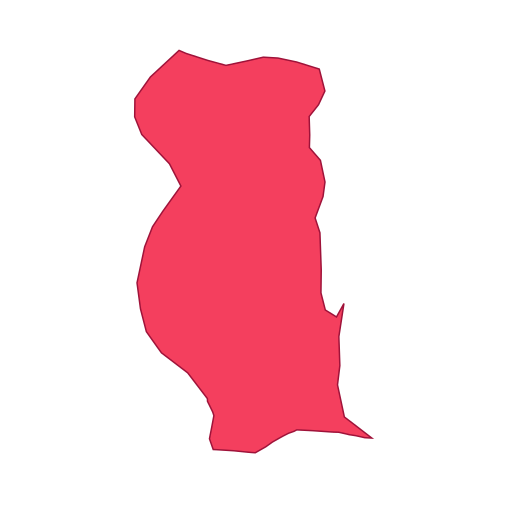 the district of Mathiatis, Nicosia, Cyprus, rotated 12°
{"feature_id": "46923920B42589878398501", "entity_name": "Mathiatis", "entity_type": "district", "adm_level": 2, "iso_a3": "CYP", "parent_name": "Cyprus", "parent_adm1": "Nicosia", "projection": "orthographic", "projection_center": [33.347, 34.962], "detail": "fine", "context": "isolated", "style": "filled", "palette": "rose", "viewbox_px": 512, "rotation_deg": 12, "n_neighbors": 0, "source": "geoboundaries", "source_scale": "gbopen_adm2", "svg_char_len": 1119}
<svg xmlns="http://www.w3.org/2000/svg" viewBox="0 0 512 512"><g transform="rotate(12 256 256)"><path d="M375.9,395.1L362.5,365.1L360.8,345.8L353.8,317.6L351.9,284.2L347.4,298.9L335.0,294.4L327.2,278.6L322.7,256.1L313.7,220.0L305.9,206.5L309.2,183.9L308.1,169.3L299.1,149.0L285.7,138.9L283.4,126.5L279.0,108.5L285.7,95.0L289.1,80.3L279.0,60.0L255.4,57.8L236.4,57.8L221.8,60.0L207.2,66.8L187.0,75.8L168.0,74.7L145.5,72.4L138.0,70.9L115.5,102.8L104.9,127.5L108.4,145.1L119.0,160.9L152.2,183.8L168.0,203.2L155.7,231.3L148.7,248.9L145.2,270.1L145.2,307.0L154.0,331.7L164.5,352.8L178.4,365.6L183.7,370.4L213.5,384.5L224.0,393.5L238.1,405.6L238.8,408.3L241.9,412.2L246.1,417.6L248.0,420.9L248.3,433.1L248.4,439.8L248.5,444.5L254.4,454.2L257.3,453.7L265.3,452.5L274.9,451.1L287.7,449.7L292.7,449.1L296.2,448.6L305.2,440.6L310.7,434.6L316.3,429.6L320.0,426.4L324.7,422.6L329.6,419.6L332.0,417.6L337.5,416.7L348.2,415.0L366.7,412.4L367.2,412.3L368.6,412.1L373.5,411.2L382.2,411.3L384.3,411.4L387.2,411.2L391.1,411.0L400.2,411.1L407.1,410.0L390.6,402.1L375.9,395.1Z" fill="#f43f5e" stroke="#9f1239" stroke-width="1.5"/></g></svg>